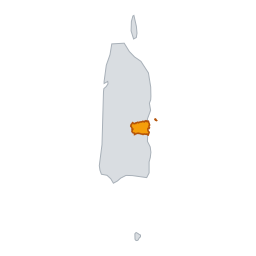 location of Ponce, Puerto Rico, rotated 270°
{"feature_id": "32010507B29369551718499", "entity_name": "Ponce", "entity_type": "district", "adm_level": 2, "iso_a3": "PRI", "parent_name": "Puerto Rico", "parent_adm1": "", "projection": "orthographic", "projection_center": [-66.606, 18.028], "detail": "fine", "context": "in_parent", "style": "filled", "palette": "amber", "viewbox_px": 256, "rotation_deg": 270, "n_neighbors": 0, "source": "geoboundaries", "source_scale": "gbopen_adm2", "svg_char_len": 3994}
<svg xmlns="http://www.w3.org/2000/svg" viewBox="0 0 256 256"><g transform="rotate(270 128 128)"><path d="M169.4,106.2L172.1,108.0L174.6,107.7L172.5,104.1L174.4,104.1L190.8,106.3L201.3,110.0L212.1,111.8L212.8,124.2L204.5,129.3L199.1,134.5L194.7,140.9L183.1,148.4L169.0,150.7L159.7,150.9L156.2,150.7L152.8,149.4L145.7,150.6L137.0,147.4L129.5,148.2L114.7,147.4L109.1,150.2L103.8,150.9L98.5,150.3L94.1,149.1L83.1,149.1L78.4,146.7L80.4,132.5L80.6,126.0L77.9,120.7L75.0,117.4L72.8,113.4L77.2,110.8L80.7,107.0L81.8,101.4L85.7,100.0L90.3,99.3L111.3,102.0L164.4,103.5L167.4,103.9L169.4,106.2ZM229.5,136.4L222.8,137.0L218.5,136.3L217.0,133.6L225.1,131.1L234.5,131.4L240.0,132.9L240.6,133.9L229.5,136.4ZM20.8,140.5L20.0,140.5L19.2,140.5L18.9,140.2L18.3,139.4L15.9,138.0L15.4,136.8L15.9,135.5L16.9,135.0L21.9,134.9L22.4,135.0L23.3,135.9L23.4,136.5L22.9,137.2L22.0,138.7L21.6,139.1L21.3,139.5L21.2,140.2L20.8,140.5Z" fill="#d9dde1" stroke="#a8b0b8" stroke-width="1"/><path d="M123.4,132.5L123.2,133.0L123.1,133.6L123.0,134.0L122.8,134.3L122.8,134.5L122.6,134.5L122.2,134.4L121.7,134.5L121.4,134.5L121.5,134.9L121.8,135.1L122.2,135.6L122.2,135.8L122.2,136.2L122.4,136.6L122.6,136.8L122.7,137.1L122.6,137.4L122.6,137.7L122.8,138.1L122.7,138.2L122.7,138.6L122.5,138.8L122.5,139.3L122.5,139.5L122.6,139.8L122.5,140.0L122.4,140.3L122.2,140.4L122.2,140.5L122.1,140.9L122.0,141.3L121.9,141.5L122.1,142.0L121.8,142.4L121.7,142.6L121.7,143.0L121.7,143.3L121.8,143.5L121.7,143.5L121.8,143.7L122.0,144.3L122.0,144.7L122.0,144.8L121.8,145.0L121.9,145.3L121.8,145.6L121.7,145.9L121.7,146.0L121.9,146.4L121.8,146.5L121.7,146.7L121.8,146.7L121.9,146.8L122.0,147.0L121.8,147.3L121.5,147.4L121.5,147.6L121.4,147.7L121.0,147.9L120.9,148.2L121.4,148.4L122.0,148.6L122.3,148.6L122.5,148.6L122.8,148.8L123.2,149.2L123.7,149.1L123.8,149.0L124.0,149.0L124.0,148.9L124.2,148.7L124.6,148.3L125.1,148.1L125.7,147.9L126.1,147.8L126.3,147.8L126.5,147.8L126.9,147.8L127.0,147.8L127.3,147.9L127.5,147.9L127.8,148.2L127.9,148.6L127.9,148.8L127.6,149.1L127.9,149.3L128.0,149.3L128.3,149.5L128.6,149.4L128.7,149.1L128.8,149.0L129.2,149.0L129.3,149.0L129.5,149.0L129.8,148.9L130.1,149.0L130.3,149.0L130.6,149.2L130.8,149.6L131.2,149.6L131.5,149.5L131.6,149.4L132.0,149.2L132.4,149.2L132.9,149.1L133.3,148.7L133.8,148.5L134.0,148.5L134.3,148.6L134.5,148.5L134.4,148.4L134.6,148.3L134.7,148.2L134.5,147.9L134.5,147.7L134.5,147.4L134.4,147.1L134.5,146.7L134.9,146.9L134.9,146.7L134.8,146.4L135.0,146.4L135.1,146.2L135.3,146.1L135.3,145.9L135.1,145.8L135.1,145.7L134.9,145.5L134.9,145.2L134.7,145.0L134.8,144.7L134.7,144.3L134.6,144.2L134.4,144.2L134.6,143.9L134.3,143.4L134.5,143.0L134.7,142.8L134.7,142.6L134.3,142.2L134.2,141.7L134.0,141.4L134.2,141.0L134.1,140.8L134.0,140.6L134.0,140.3L134.0,140.0L134.0,139.9L133.7,139.7L133.6,139.4L133.7,139.1L133.5,138.9L133.2,138.6L133.2,138.4L133.3,138.3L133.3,138.1L133.4,137.9L133.7,137.8L133.7,137.6L133.7,137.4L133.6,137.2L133.4,136.9L133.3,136.7L133.2,136.5L133.2,136.3L133.2,136.1L133.1,135.8L132.9,135.9L132.6,135.9L132.6,135.6L132.6,135.2L132.4,135.0L132.3,134.6L132.5,134.4L132.5,133.9L132.4,133.8L132.4,133.7L132.5,133.4L132.6,133.2L132.9,133.1L133.3,132.9L133.4,132.7L133.0,132.5L132.8,132.4L132.7,132.3L132.7,132.1L132.4,132.0L132.2,132.0L132.1,131.7L131.9,131.5L131.7,131.3L131.5,131.1L131.3,131.1L131.1,131.2L130.7,131.1L130.3,131.0L130.2,130.8L129.9,130.9L129.7,130.8L129.5,131.0L129.4,131.2L129.2,131.4L128.7,131.5L128.4,131.8L128.1,132.0L127.9,132.0L127.6,132.0L127.3,132.2L127.2,132.1L126.9,132.0L126.8,132.3L126.6,132.4L126.7,132.5L126.7,132.8L126.4,132.6L126.1,132.5L126.0,132.4L125.9,132.3L125.7,132.1L125.4,132.1L125.2,132.0L124.8,131.9L124.7,132.0L124.2,132.1L124.0,132.3L123.9,132.4L123.4,132.6L123.4,132.5ZM135.4,156.6L135.5,156.7L135.8,156.3L136.0,156.1L136.3,155.9L136.6,155.9L136.7,155.7L136.8,155.5L137.0,155.4L137.1,155.2L136.7,154.9L136.4,155.2L136.0,155.3L135.9,155.5L135.7,155.7L135.5,156.3L135.4,156.6Z" fill="#f59e0b" stroke="#b45309" stroke-width="1.5"/></g></svg>